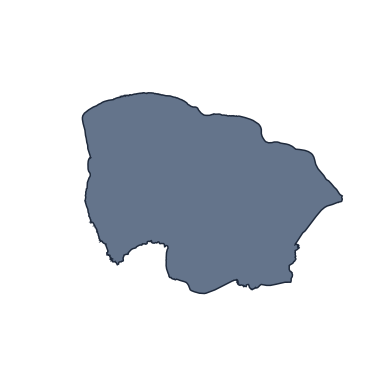 the district of Sumba Barat Daya, Nusa Tenggara Timur, Indonesia, rotated 38°
{"feature_id": "22746128B80160169684098", "entity_name": "Sumba Barat Daya", "entity_type": "district", "adm_level": 2, "iso_a3": "IDN", "parent_name": "Indonesia", "parent_adm1": "Nusa Tenggara Timur", "projection": "albers", "projection_center": [119.172, -9.544], "detail": "fine", "context": "isolated", "style": "filled", "palette": "slate", "viewbox_px": 384, "rotation_deg": 38, "n_neighbors": 0, "source": "geoboundaries", "source_scale": "gbopen_adm2", "svg_char_len": 6055}
<svg xmlns="http://www.w3.org/2000/svg" viewBox="0 0 384 384"><g transform="rotate(38 192 192)"><path d="M312.8,102.6L310.5,102.9L309.0,102.6L304.4,101.0L300.7,100.6L296.7,99.7L292.7,99.1L291.4,99.4L289.4,99.3L285.8,97.9L277.0,96.1L272.4,94.0L268.9,91.2L266.5,89.5L263.9,88.4L262.2,88.2L258.9,88.5L255.4,89.7L250.6,92.3L247.4,94.4L243.7,94.3L242.5,94.4L239.3,95.1L236.9,96.1L231.6,99.0L230.2,99.3L228.4,100.1L226.0,102.0L224.6,103.9L222.0,106.1L219.1,107.0L217.3,106.7L214.0,105.5L212.4,104.6L210.7,103.3L208.1,100.0L206.3,98.7L204.4,97.9L202.6,97.5L196.2,98.0L193.2,98.8L188.2,100.6L182.8,103.0L182.0,103.5L181.0,104.6L180.2,104.7L180.0,105.2L179.0,105.8L178.6,105.9L178.3,106.3L177.5,106.5L177.4,106.8L176.7,107.2L176.5,107.6L175.9,107.8L175.7,108.2L174.5,108.8L173.8,109.7L172.9,110.2L171.8,110.4L171.5,110.8L169.8,111.7L168.4,112.9L166.5,113.3L165.5,113.8L162.7,116.2L161.1,117.0L161.0,117.7L160.5,118.0L158.6,120.8L156.0,122.9L154.3,123.9L153.0,124.1L150.5,124.2L146.8,123.4L144.9,122.5L143.6,122.5L142.3,123.0L140.5,124.4L138.1,125.2L136.6,125.2L134.9,125.5L132.9,125.0L129.4,125.2L128.1,125.6L127.9,125.5L126.9,125.7L125.7,126.2L122.5,126.9L122.0,127.3L120.2,127.8L119.4,128.4L115.6,129.8L112.2,132.2L108.9,133.7L108.4,134.2L106.9,134.7L106.6,135.1L105.6,135.2L104.9,135.6L105.0,135.9L103.9,136.2L103.5,136.7L102.6,136.9L101.9,137.6L100.9,137.7L98.7,139.1L96.2,141.0L95.8,142.1L95.3,142.1L95.1,142.5L93.6,143.2L93.1,143.3L92.3,144.1L92.3,144.5L91.7,144.7L90.9,145.9L90.5,145.9L87.9,148.7L87.7,149.3L87.2,149.5L86.2,150.5L84.3,153.2L83.6,153.3L83.1,153.7L82.9,155.0L82.2,155.1L82.2,155.4L81.4,155.7L81.3,156.1L81.0,156.1L80.2,156.7L80.3,157.5L79.4,157.4L79.2,157.6L79.3,158.1L78.7,158.7L78.7,159.3L78.0,159.5L78.1,159.8L77.3,160.2L77.4,161.1L76.8,161.1L76.9,161.4L76.5,162.3L76.2,162.7L75.9,162.7L74.4,164.8L73.5,166.7L73.2,166.8L73.3,167.3L72.7,168.1L69.9,171.0L67.3,174.5L66.2,176.4L65.5,178.5L64.4,180.5L63.7,182.8L61.9,185.9L60.0,190.9L58.7,196.2L59.0,199.1L59.8,200.8L61.0,202.3L64.1,205.1L69.6,209.2L73.3,213.0L75.6,214.8L78.5,217.6L80.8,219.2L83.3,222.0L89.2,226.0L90.1,226.7L90.5,227.5L91.1,227.4L90.9,228.2L90.4,228.2L90.4,229.1L90.8,230.6L91.3,231.7L92.8,234.0L96.0,237.9L97.7,239.2L100.3,240.1L101.6,241.5L102.1,242.7L102.2,244.2L103.7,248.9L107.0,253.6L106.9,254.8L107.6,255.5L108.3,257.5L109.4,258.7L110.2,260.5L111.3,261.3L111.9,262.2L112.4,263.3L112.9,264.1L113.0,264.8L113.4,265.0L113.9,265.0L114.1,265.2L114.0,265.5L117.8,268.2L120.5,269.7L122.8,272.0L124.3,272.7L125.6,274.5L126.7,274.8L127.7,275.3L128.1,275.8L129.2,276.2L129.6,276.8L130.0,276.9L130.5,277.4L130.4,277.9L130.8,277.6L131.1,277.7L131.3,278.4L131.8,277.9L132.0,277.3L132.8,277.1L135.4,278.1L135.9,278.4L135.8,278.7L136.1,278.5L137.1,279.0L137.7,279.6L138.4,279.5L139.7,280.0L139.9,280.4L140.3,280.4L140.8,281.0L141.2,281.2L141.2,281.4L141.7,281.3L141.9,282.1L143.4,282.5L144.7,283.7L146.5,284.8L146.9,285.5L147.1,285.4L148.5,286.2L148.8,287.4L148.9,286.8L149.3,286.5L150.0,286.8L150.1,286.5L150.5,286.5L150.5,286.9L150.8,286.4L151.9,286.2L152.3,286.6L153.8,286.7L154.7,286.4L155.9,286.4L156.1,286.6L156.3,286.2L157.5,287.4L162.1,290.2L162.1,290.6L162.5,290.9L162.6,291.7L162.3,292.3L163.2,293.4L164.3,293.0L164.2,293.5L164.7,293.2L165.0,293.4L166.3,292.5L166.7,292.8L167.1,293.7L168.2,293.6L168.8,294.0L169.5,293.9L168.6,294.6L168.8,295.3L170.0,295.0L170.3,295.4L170.5,295.4L170.7,295.8L171.3,294.8L172.4,295.8L173.7,295.0L174.2,294.0L175.1,294.4L175.9,294.4L177.9,295.3L178.5,294.0L177.8,292.8L177.7,292.2L178.3,291.3L179.2,290.7L179.2,290.0L180.1,289.0L180.0,288.2L178.3,286.4L177.7,284.3L177.3,283.7L178.4,281.7L179.8,280.6L179.9,279.9L179.2,279.3L179.5,275.3L180.1,273.3L182.1,270.6L182.0,269.3L183.2,266.4L184.2,265.3L185.1,264.8L185.1,264.2L184.8,263.6L185.1,263.0L185.9,262.7L186.8,261.7L187.3,261.8L187.9,261.3L188.3,260.2L187.5,259.1L187.7,258.1L188.6,257.2L189.5,256.9L189.9,256.2L189.6,255.7L189.8,255.4L190.3,255.5L191.3,256.5L192.2,256.5L193.8,255.5L194.5,254.2L195.6,253.8L196.0,252.2L196.8,251.8L197.9,252.4L198.7,252.4L199.2,251.7L201.3,250.2L202.4,250.3L204.1,252.0L204.5,251.4L204.2,250.7L204.5,250.1L205.9,249.6L206.5,249.9L207.7,251.0L207.9,252.5L209.3,255.6L212.4,260.0L213.2,260.7L213.3,261.4L214.6,262.8L217.0,266.0L219.3,268.2L223.3,270.8L224.8,271.6L225.6,272.5L226.3,272.6L226.6,272.9L227.0,273.0L227.7,272.8L228.1,272.3L229.5,272.6L231.1,272.1L231.6,271.5L232.7,271.6L233.1,271.3L233.3,270.4L235.2,269.5L236.3,269.3L241.3,267.3L243.3,266.8L245.0,267.1L246.9,267.8L250.7,270.1L252.1,270.1L255.2,269.2L260.1,267.2L264.2,264.4L265.3,263.2L270.3,255.0L278.7,237.0L279.2,236.4L279.2,235.9L280.6,234.6L280.9,233.8L281.2,233.4L281.8,233.4L282.0,234.4L282.3,234.6L282.8,234.6L282.9,233.9L283.2,233.9L283.4,235.1L284.2,235.2L283.7,235.7L284.6,235.8L284.7,236.2L285.2,236.4L286.4,236.3L287.4,235.9L287.6,235.4L288.2,234.8L289.5,234.4L289.7,234.1L290.6,234.6L290.6,234.3L291.1,234.3L291.1,233.9L291.4,234.0L292.9,233.1L292.1,231.8L293.1,230.3L293.9,230.3L296.2,231.9L298.0,232.0L298.6,231.8L298.8,232.2L299.5,231.8L299.3,231.5L299.9,231.0L300.1,230.2L300.5,229.9L300.6,229.2L301.2,228.6L300.8,228.3L300.8,228.1L301.9,227.9L302.6,226.9L303.1,223.1L303.5,222.2L308.4,219.6L311.2,217.4L314.9,213.1L320.8,205.9L325.3,202.3L324.9,201.1L323.4,199.1L323.1,197.0L322.2,195.4L320.8,194.5L320.7,194.1L320.1,194.1L319.7,193.9L319.2,194.0L318.9,193.8L318.5,194.0L317.6,193.9L316.2,193.1L313.9,190.1L314.2,188.8L315.3,186.1L315.1,183.9L315.4,183.6L315.4,182.7L315.2,182.2L315.3,181.3L314.8,180.6L313.3,179.9L313.4,178.9L311.7,177.6L311.2,176.6L310.5,176.3L310.5,176.0L309.4,174.6L310.2,172.9L310.5,171.3L310.8,170.6L310.7,170.1L310.2,170.4L309.1,170.4L308.7,169.4L308.8,169.2L309.4,169.0L309.1,168.4L308.6,168.3L307.8,168.3L307.5,168.9L306.6,168.8L306.0,169.2L305.7,169.9L305.3,169.0L305.4,167.6L304.4,156.1L305.1,152.9L304.8,134.7L305.1,126.7L306.0,122.5L307.2,119.7L310.3,115.4L313.1,110.6L313.8,110.1L313.8,109.7L315.5,107.6L315.6,106.6L315.1,106.1L315.0,105.4L314.6,104.9L313.2,104.1L312.8,102.6Z" fill="#64748b" stroke="#1e293b" stroke-width="1.5"/></g></svg>